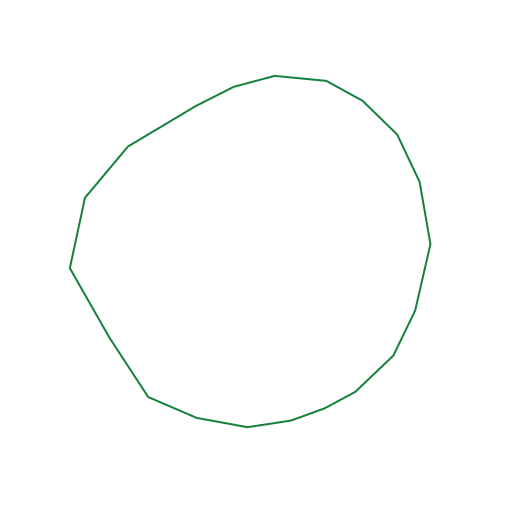 Mangai, Bandundu, Democratic Republic of the Congo (Mercator projection), rotated 340°
{"feature_id": "63176286B5937777491698", "entity_name": "Mangai", "entity_type": "district", "adm_level": 2, "iso_a3": "COD", "parent_name": "Democratic Republic of the Congo", "parent_adm1": "Bandundu", "projection": "mercator", "projection_center": [19.533, -4.06], "detail": "fine", "context": "isolated", "style": "outline", "palette": "green", "viewbox_px": 512, "rotation_deg": 340, "n_neighbors": 0, "source": "geoboundaries", "source_scale": "gbopen_adm2", "svg_char_len": 413}
<svg xmlns="http://www.w3.org/2000/svg" viewBox="0 0 512 512"><g transform="rotate(340 256 256)"><path d="M189.3,413.9L232.5,422.6L268.4,422.6L302.9,417.6L351.1,396.5L386.9,361.7L424.0,304.5L435.1,242.3L430.2,190.1L409.2,146.6L382.0,115.5L335.0,93.1L293.1,89.4L251.1,94.4L173.2,109.3L115.2,142.8L76.9,203.8L90.5,283.4L106.5,351.7L144.8,387.8L189.3,413.9Z" fill="none" stroke="#15803d" stroke-width="2"/></g></svg>